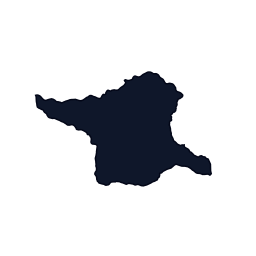 Chhubu, Punakha, Bhutan (Natural Earth projection), rotated 125°
{"feature_id": "84629894B89279896100925", "entity_name": "Chhubu", "entity_type": "district", "adm_level": 2, "iso_a3": "BTN", "parent_name": "Bhutan", "parent_adm1": "Punakha", "projection": "natural_earth1", "projection_center": [89.837, 27.663], "detail": "fine", "context": "isolated", "style": "filled", "palette": "ink", "viewbox_px": 256, "rotation_deg": 125, "n_neighbors": 0, "source": "geoboundaries", "source_scale": "gbopen_adm2", "svg_char_len": 5898}
<svg xmlns="http://www.w3.org/2000/svg" viewBox="0 0 256 256"><g transform="rotate(125 128 128)"><path d="M119.6,33.9L118.6,33.7L117.7,33.6L115.8,35.7L110.4,39.7L107.5,44.5L107.6,45.0L108.0,46.0L108.1,46.4L107.9,47.1L107.7,47.7L107.6,48.2L107.8,48.8L108.5,49.9L108.6,50.7L108.5,51.4L108.7,52.0L109.1,52.4L109.4,52.7L109.9,53.0L110.6,53.4L111.2,53.5L111.6,53.7L111.9,54.0L111.8,54.7L111.9,55.3L112.1,55.8L112.1,56.5L112.3,57.2L112.4,58.0L112.5,58.5L112.3,59.1L112.2,59.5L112.0,60.1L111.9,60.9L111.7,62.6L112.0,63.2L112.0,63.7L111.3,65.1L111.0,65.8L110.9,66.3L110.9,67.2L111.0,68.0L111.2,69.8L111.2,70.7L110.7,71.4L110.3,71.9L110.0,72.0L109.6,72.3L109.9,72.6L110.3,72.9L110.5,73.4L110.8,73.9L111.4,74.4L112.2,74.9L112.4,75.4L112.5,75.9L112.6,76.5L112.7,77.2L112.9,77.7L112.9,78.2L112.7,79.3L112.5,80.1L112.3,81.4L112.3,83.0L112.2,83.5L111.2,84.7L110.5,85.8L110.2,86.5L109.4,87.9L109.0,88.6L107.9,89.3L107.3,89.8L106.7,90.6L105.8,91.6L105.5,91.9L104.3,92.8L102.4,95.0L102.2,95.4L101.8,96.0L101.5,96.2L101.1,96.2L100.2,96.8L99.7,97.2L99.1,97.5L98.7,97.5L98.3,97.5L97.5,97.0L96.9,96.8L96.5,96.9L96.2,97.1L95.3,98.1L94.3,98.5L93.8,98.9L93.6,99.6L93.3,100.2L93.0,100.4L92.4,100.4L90.9,99.9L90.4,100.0L89.9,100.3L89.6,100.3L88.8,99.7L88.4,99.2L87.8,99.0L87.1,99.0L86.5,98.9L85.3,99.6L84.6,99.7L83.4,100.8L83.0,100.9L82.2,100.9L81.8,100.9L81.0,101.2L80.7,101.3L80.3,101.6L79.3,102.6L78.7,102.8L78.2,103.0L77.1,103.1L76.2,103.4L75.6,103.4L74.9,103.1L74.5,102.7L74.1,102.4L73.7,102.3L73.1,102.1L72.2,101.7L71.5,101.5L70.8,101.5L70.2,101.7L69.7,102.0L69.5,102.3L69.1,104.5L69.2,106.0L69.7,107.7L70.0,108.6L69.9,109.5L69.5,110.6L67.7,112.2L67.0,114.1L66.6,115.1L66.4,116.1L66.4,116.8L67.0,118.4L67.5,119.5L68.4,120.4L69.0,120.8L69.6,121.7L70.0,122.6L69.6,124.0L69.0,125.2L68.5,126.2L68.1,127.2L68.1,128.2L68.2,129.5L68.2,130.7L68.0,131.6L67.3,133.0L67.1,133.9L67.2,135.4L67.5,136.3L68.4,137.4L69.0,138.3L69.1,140.5L69.5,142.0L70.7,143.6L71.3,144.1L73.3,145.1L75.4,146.3L78.5,147.2L79.2,147.6L80.1,148.4L80.7,149.6L81.0,150.7L81.4,152.0L82.0,152.5L82.8,152.7L83.8,152.8L85.0,152.4L85.6,152.4L86.5,152.9L87.9,153.9L88.9,154.9L89.4,155.8L89.5,156.2L89.7,156.8L89.8,157.4L90.1,157.9L91.0,158.2L91.5,157.3L91.8,156.3L92.1,155.9L92.9,155.6L94.4,155.7L95.6,155.7L96.8,156.2L98.6,156.9L99.5,157.2L100.7,157.4L101.7,157.6L102.4,157.9L103.2,158.4L104.0,159.6L104.2,160.0L104.6,161.0L105.4,161.9L106.3,162.7L106.7,163.0L107.5,163.3L107.9,163.6L108.4,165.7L108.6,166.1L109.5,166.5L110.9,166.4L112.0,166.3L112.6,165.8L113.1,165.7L113.5,166.0L114.1,166.3L114.4,166.9L114.5,167.3L114.9,167.6L116.3,167.7L117.6,167.5L118.8,167.4L119.5,167.5L120.0,168.0L120.5,168.8L121.0,169.9L121.5,173.0L122.0,174.1L122.2,175.6L122.5,176.7L122.8,177.2L123.3,177.8L124.2,178.2L125.5,178.5L126.4,179.2L127.4,179.6L128.4,179.9L130.8,180.8L131.6,181.3L131.9,181.6L132.4,181.8L133.0,182.7L133.6,183.9L134.7,187.5L135.6,188.6L136.4,189.6L137.3,190.8L138.4,191.9L139.7,192.7L141.8,194.4L143.0,195.1L143.8,195.7L144.9,196.2L145.6,196.9L145.7,197.9L146.4,199.8L146.8,200.5L147.3,201.4L147.5,202.5L147.2,203.9L147.3,204.8L147.4,205.9L148.0,207.4L149.2,208.5L150.5,209.6L151.5,210.3L152.3,210.9L152.8,211.5L153.2,212.4L153.2,213.9L153.0,215.2L152.6,216.7L152.4,217.6L152.3,218.7L152.5,219.7L152.7,220.6L153.4,221.7L154.2,222.4L154.8,221.5L155.4,220.9L156.2,220.3L157.5,219.3L159.1,218.0L160.4,216.6L161.6,215.6L162.4,214.7L162.8,214.2L162.8,213.0L162.8,212.1L162.5,211.3L162.4,209.7L162.0,208.5L161.9,207.9L162.1,207.5L162.4,206.9L162.7,206.2L163.0,205.4L163.0,203.5L163.1,202.8L163.5,202.0L164.0,201.4L164.2,200.7L164.6,199.8L164.7,199.1L164.6,198.3L163.4,195.2L162.9,194.7L162.2,193.7L162.0,192.8L161.7,191.3L161.3,189.5L161.0,188.5L160.9,187.0L160.7,185.8L160.2,184.1L160.2,182.5L160.1,181.3L160.2,180.2L160.2,179.2L159.6,178.2L159.1,177.5L157.7,176.3L157.1,175.2L156.9,174.3L156.9,173.4L157.1,172.4L157.9,170.4L158.5,169.6L158.5,169.0L158.3,168.5L157.9,167.5L157.6,167.1L156.5,165.8L156.1,165.1L155.9,164.3L155.7,163.2L155.5,161.5L155.4,160.0L155.7,158.6L156.0,158.2L156.4,157.8L156.4,157.4L156.4,156.9L156.1,156.6L155.8,156.1L155.7,155.8L156.0,155.0L156.7,153.9L156.8,153.3L157.1,152.6L157.8,152.0L158.7,151.3L160.7,150.3L161.1,149.8L161.4,149.3L161.5,148.8L161.5,148.1L161.3,147.6L160.8,146.8L159.9,145.1L159.9,144.5L160.0,143.3L160.3,142.9L160.8,142.6L161.8,142.1L165.3,140.3L166.4,139.5L166.8,139.3L167.1,139.2L167.7,139.0L168.2,138.6L168.7,138.3L169.2,138.3L169.7,138.1L170.2,137.8L170.8,137.7L171.4,137.4L171.9,137.1L174.0,135.0L174.7,134.5L175.1,134.1L175.5,133.8L176.5,133.0L177.4,132.6L177.7,132.3L178.7,130.9L179.7,130.2L180.5,129.7L181.0,129.5L181.4,129.4L181.8,129.4L182.4,129.4L183.0,129.4L183.8,129.2L184.3,129.0L184.7,128.7L185.0,128.4L185.1,128.0L185.3,127.4L185.6,126.5L186.5,125.3L187.5,124.5L187.8,124.3L188.3,123.6L188.5,123.3L188.8,122.9L189.1,122.6L189.2,122.1L189.2,121.1L189.6,120.5L189.6,119.9L189.2,119.1L189.1,118.4L188.8,117.6L188.5,116.8L188.3,116.4L188.0,115.7L187.8,115.2L187.8,113.9L187.4,113.1L186.8,112.6L186.2,111.9L185.9,111.6L184.9,111.2L183.8,111.2L182.8,111.1L182.4,110.9L182.0,110.8L181.4,110.3L180.9,109.6L180.5,109.1L180.0,108.5L179.7,107.9L179.5,107.6L179.1,107.3L178.6,107.1L178.3,106.8L178.0,106.2L177.6,105.4L176.9,104.4L176.4,102.1L176.0,101.2L175.5,99.2L175.1,97.2L172.9,95.7L172.1,94.1L171.0,91.7L170.6,89.5L168.5,87.6L168.1,86.4L167.6,84.1L166.6,82.3L163.8,80.0L161.0,78.4L159.8,77.7L158.9,77.4L157.7,76.8L156.6,75.9L155.7,75.4L154.2,74.7L153.6,74.3L152.3,74.7L151.6,74.8L150.7,74.4L150.2,74.4L149.2,74.7L148.4,75.1L147.6,75.6L147.2,76.0L146.8,76.0L145.5,74.8L143.5,74.5L139.4,72.4L136.9,70.5L136.2,69.9L133.6,69.2L132.1,68.9L130.1,68.0L128.4,62.2L126.6,59.5L125.4,56.8L125.2,54.9L125.2,52.6L125.5,51.0L125.3,50.7L125.4,48.4L125.6,47.1L125.4,45.6L124.9,44.6L123.9,43.0L123.5,41.5L123.2,40.2L121.7,38.2L120.4,36.8L119.8,35.8L119.6,33.9Z" fill="#0f172a" stroke="#020617" stroke-width="1.5"/></g></svg>